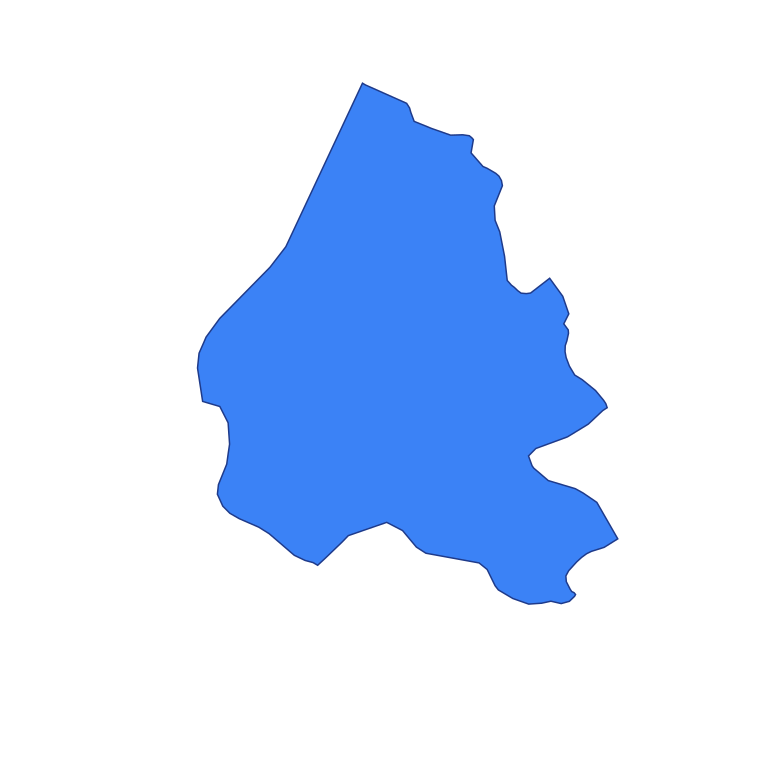 an SVG outline of Copán, rotated 333°
{"feature_id": "HND-651", "entity_name": "Copán", "entity_type": "Department", "adm_level": 1, "iso_a3": "HND", "parent_name": "Honduras", "parent_adm1": "", "projection": "orthographic", "projection_center": [-88.847, 14.9], "detail": "fine", "context": "isolated", "style": "filled", "palette": "blue", "viewbox_px": 768, "rotation_deg": 333, "n_neighbors": 0, "source": "natural_earth", "source_scale": "10m", "svg_char_len": 1551}
<svg xmlns="http://www.w3.org/2000/svg" viewBox="0 0 768 768"><g transform="rotate(333 384 384)"><path d="M242.5,265.0L246.8,261.4L267.4,251.0L335.5,228.2L358.9,217.1L443.7,151.1L501.4,106.2L503.3,109.2L531.6,144.2L532.1,149.7L531.2,154.2L530.1,163.7L542.4,177.9L556.3,192.5L567.3,197.7L572.7,201.5L574.0,204.4L574.6,206.8L566.5,217.6L570.9,235.1L573.8,238.6L579.2,247.0L580.8,251.0L581.0,256.1L579.5,261.1L563.1,275.4L557.3,288.6L556.2,301.0L549.4,324.9L540.8,347.7L542.4,353.8L544.0,357.1L545.5,361.5L547.4,365.3L551.9,368.1L555.9,369.5L579.6,365.0L583.1,387.0L580.5,405.4L571.5,412.0L572.7,419.5L571.4,422.6L566.5,428.6L562.9,432.1L560.0,437.4L558.3,443.1L557.3,452.2L558.0,462.6L562.6,470.2L569.5,485.8L572.3,498.3L572.7,502.3L572.1,506.4L566.8,507.0L547.8,512.5L523.5,514.4L490.0,510.4L480.1,513.7L478.8,524.0L479.2,526.9L486.5,544.6L507.0,564.2L511.9,571.5L519.9,586.1L522.0,628.1L506.0,629.5L492.9,627.3L487.5,627.2L481.4,628.2L474.9,630.0L463.8,634.2L458.9,637.6L456.7,642.9L456.7,651.2L457.0,654.1L458.6,656.2L459.1,658.5L457.4,659.7L450.5,661.8L442.2,660.1L434.1,653.3L425.0,650.9L413.0,645.8L401.4,633.6L392.4,619.4L391.4,614.2L391.7,596.1L387.5,586.6L344.5,553.8L338.8,544.0L334.0,523.0L323.6,508.5L283.4,502.9L274.6,505.9L252.8,512.5L242.6,515.4L239.7,510.9L233.6,505.4L226.3,495.9L213.7,465.2L207.4,454.7L193.9,438.3L188.0,429.3L184.9,419.7L185.5,406.6L190.8,398.5L207.5,384.0L213.9,374.8L219.1,367.5L227.5,347.8L227.5,329.5L214.5,317.2L225.1,285.1L233.2,272.6L242.5,265.0Z" fill="#3b82f6" stroke="#1e3a8a" stroke-width="1.5"/></g></svg>